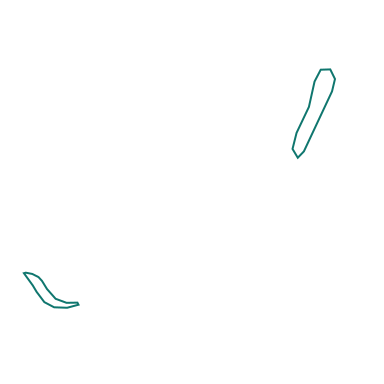 map outline of Berry Islands (Robinson projection), rotated 53°
{"feature_id": "BHS-5018", "entity_name": "Berry Islands", "entity_type": "District", "adm_level": 1, "iso_a3": "BHS", "parent_name": "The Bahamas", "parent_adm1": "", "projection": "robinson", "projection_center": [-77.863, 25.599], "detail": "fine", "context": "isolated", "style": "outline", "palette": "teal", "viewbox_px": 384, "rotation_deg": 53, "n_neighbors": 0, "source": "natural_earth", "source_scale": "10m", "svg_char_len": 477}
<svg xmlns="http://www.w3.org/2000/svg" viewBox="0 0 384 384"><g transform="rotate(53 192 192)"><path d="M228.3,86.9L218.1,85.8L207.7,72.9L194.4,47.4L177.5,27.6L171.8,15.6L177.3,7.8L187.8,9.8L195.9,19.6L226.9,78.2L228.3,86.9ZM191.1,376.2L178.3,376.2L170.9,375.4L155.7,375.1L156.4,373.3L161.3,368.9L167.6,365.8L172.7,365.3L182.2,366.2L195.2,365.2L205.0,358.9L211.4,350.1L213.7,350.5L209.3,361.4L201.1,371.5L191.1,376.2Z" fill="none" stroke="#0f766e" stroke-width="2"/></g></svg>